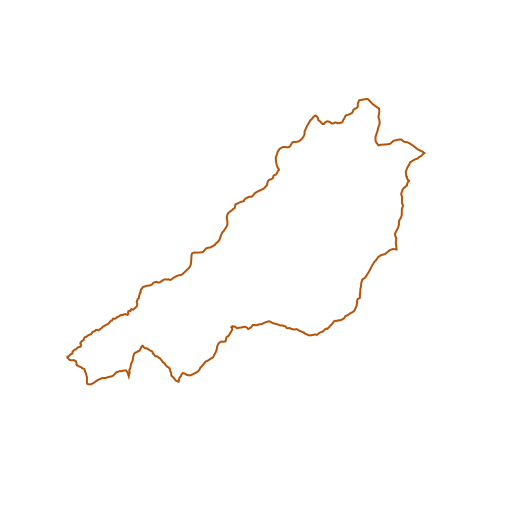 Guaca, Santander, Colombia, rotated 27°
{"feature_id": "7082276B96447826186422", "entity_name": "Guaca", "entity_type": "district", "adm_level": 2, "iso_a3": "COL", "parent_name": "Colombia", "parent_adm1": "Santander", "projection": "robinson", "projection_center": [-72.874, 6.936], "detail": "fine", "context": "isolated", "style": "outline", "palette": "amber", "viewbox_px": 512, "rotation_deg": 27, "n_neighbors": 0, "source": "geoboundaries", "source_scale": "gbopen_adm2", "svg_char_len": 6112}
<svg xmlns="http://www.w3.org/2000/svg" viewBox="0 0 512 512"><g transform="rotate(27 256 256)"><path d="M197.3,421.0L196.2,416.9L195.0,415.5L194.8,414.9L195.0,413.9L194.8,412.4L193.7,409.1L193.6,405.3L192.2,401.0L191.8,398.6L192.3,396.9L193.6,395.6L193.9,394.5L194.5,394.2L195.2,393.2L195.3,389.9L195.1,388.7L195.6,387.5L196.1,387.5L197.5,388.3L199.1,388.5L200.6,387.8L201.8,388.1L202.9,387.9L204.1,388.3L206.3,388.1L207.5,388.5L208.3,389.7L209.6,389.9L211.8,391.1L213.3,390.4L214.5,390.4L215.5,390.8L216.3,390.6L220.2,392.2L220.6,392.7L221.2,392.7L221.5,393.0L223.0,393.0L225.0,394.3L227.4,395.0L228.4,394.9L230.4,395.6L231.9,397.6L233.5,398.6L234.7,400.8L235.1,401.1L237.8,401.8L241.1,403.4L244.1,403.1L243.1,399.3L243.7,397.1L243.4,395.6L243.9,393.5L246.5,393.0L247.3,393.3L248.8,393.3L251.6,392.3L255.3,387.5L256.8,385.0L257.2,382.7L257.1,381.0L258.3,377.0L259.1,372.8L260.1,371.8L263.7,365.6L263.8,359.8L263.3,356.8L262.4,353.8L262.3,351.2L263.0,349.3L263.8,348.1L265.7,347.3L267.6,345.9L266.7,342.7L266.7,341.3L267.6,340.2L267.8,339.2L268.3,332.6L267.5,331.1L266.3,330.6L266.8,329.3L267.9,329.2L268.9,328.4L272.0,329.0L272.9,328.0L275.9,326.0L277.0,324.8L278.8,323.9L280.6,324.0L282.2,324.6L284.0,321.9L284.5,318.9L285.5,318.3L287.1,317.9L288.2,317.2L289.5,315.8L292.3,313.8L292.7,313.0L295.4,309.9L297.5,308.1L301.6,308.2L305.7,307.2L309.4,306.8L310.8,305.9L312.6,305.8L313.5,305.4L314.3,305.4L315.9,306.3L316.5,306.2L318.9,304.8L320.3,305.0L323.4,304.2L325.3,302.7L329.4,302.9L333.7,302.4L334.1,302.9L339.2,302.7L339.8,302.2L340.6,302.0L344.4,299.0L346.0,298.7L347.5,295.6L349.9,292.8L350.9,289.7L351.6,288.8L352.6,288.6L353.6,285.7L353.7,284.4L354.6,282.6L355.2,278.7L356.2,277.7L358.0,276.8L358.3,276.1L358.7,275.8L360.0,275.4L360.2,274.8L361.2,274.1L361.9,272.7L362.5,272.2L362.8,271.2L362.9,269.1L364.8,266.6L365.9,264.4L367.4,262.4L368.3,260.7L368.5,259.3L368.2,254.7L367.3,251.7L366.2,249.3L366.2,248.1L367.5,246.4L367.3,245.6L366.7,244.3L366.1,243.5L366.0,242.7L363.9,237.7L363.3,235.2L362.0,232.2L361.4,228.5L363.0,226.1L363.1,225.4L363.8,218.4L363.8,211.9L364.1,207.7L364.9,205.1L365.4,201.4L367.0,198.6L370.2,195.5L372.6,189.9L375.1,187.5L378.3,186.3L374.7,181.0L373.0,176.5L370.9,174.8L369.7,173.3L369.7,165.9L369.0,162.8L368.1,161.3L367.5,159.3L367.7,155.6L367.3,153.4L364.5,147.6L364.3,144.9L363.9,144.2L362.0,142.4L360.9,140.5L360.2,138.6L358.5,136.1L357.5,135.3L357.0,134.1L356.5,130.1L357.0,127.7L357.6,127.2L357.8,125.9L358.4,125.1L358.4,124.3L358.0,123.6L357.8,121.8L358.3,119.5L357.9,119.2L357.2,119.5L356.3,119.1L355.6,118.2L354.7,117.8L354.5,116.8L353.6,116.6L351.2,113.0L350.7,108.5L351.0,104.9L350.8,102.5L353.6,98.0L355.6,95.9L356.4,93.9L358.0,91.5L358.6,89.2L359.3,87.8L356.3,87.4L355.8,87.7L354.5,87.4L351.9,87.6L345.8,86.4L341.9,85.9L339.2,86.0L335.8,87.0L332.4,86.3L330.4,87.4L326.7,90.5L326.1,91.2L324.9,94.6L323.8,95.8L322.0,97.1L316.9,100.1L314.9,101.9L310.8,99.7L309.7,98.2L308.4,95.6L307.5,89.6L306.6,86.0L306.4,83.2L305.7,81.2L303.9,78.5L302.0,76.7L300.3,71.2L298.6,68.7L294.0,68.2L290.4,67.5L284.7,65.5L283.5,65.7L277.2,70.4L277.6,74.4L278.9,76.5L278.7,77.8L278.3,78.7L276.9,80.4L276.4,81.5L276.7,82.4L276.7,84.6L276.3,85.4L274.3,88.0L272.6,89.5L272.1,90.5L272.2,93.4L271.9,95.9L272.2,96.9L271.7,98.3L268.5,100.7L266.1,100.9L264.2,103.2L263.0,103.6L261.7,103.1L260.4,103.1L258.4,103.5L257.0,105.4L256.6,107.5L255.6,108.1L254.5,107.9L252.9,107.2L249.7,106.6L248.8,105.1L247.2,104.2L245.4,103.7L244.7,104.5L244.0,106.0L243.4,109.4L242.8,110.3L242.7,113.4L242.4,116.2L242.8,123.2L244.0,125.4L244.1,127.9L243.7,130.7L242.8,133.1L241.6,134.9L240.1,136.1L237.7,137.2L236.7,138.7L236.6,142.3L236.1,143.8L234.7,144.9L231.0,146.3L229.7,147.7L228.4,149.9L228.0,153.0L229.0,159.6L231.7,163.8L234.5,166.9L235.8,167.8L236.9,168.2L237.3,168.7L236.9,170.5L237.1,172.4L236.8,174.3L235.3,176.1L235.2,177.0L235.8,178.6L234.8,180.7L233.5,181.6L232.7,183.1L232.7,184.6L233.6,187.8L232.7,191.3L231.8,193.2L228.5,197.3L226.5,200.5L225.4,205.0L222.8,206.5L220.6,209.5L220.1,211.4L220.2,212.6L218.2,214.5L216.6,216.3L215.9,217.5L214.3,219.1L215.2,223.1L214.3,224.5L213.8,226.3L212.9,227.7L211.9,230.1L211.6,231.4L212.4,235.0L215.0,238.5L216.3,241.1L216.4,243.5L215.9,248.3L215.3,250.4L215.3,252.7L216.1,258.4L215.6,260.9L214.4,263.3L214.4,264.7L211.4,269.1L209.1,270.8L208.1,271.9L207.1,276.1L206.7,276.8L203.8,278.8L199.7,280.8L197.9,282.5L197.9,283.6L198.4,285.1L200.3,289.3L201.8,293.4L201.9,296.4L198.7,305.7L197.5,307.3L195.8,308.3L194.1,310.3L192.5,312.7L191.0,315.8L190.2,316.4L188.5,316.5L187.7,317.2L185.3,318.3L184.2,319.5L182.1,323.4L181.1,324.0L178.9,324.3L176.8,326.2L176.3,328.4L175.0,330.3L171.9,332.3L171.3,333.1L169.5,334.8L169.2,335.4L169.3,336.7L168.9,337.2L168.8,338.1L169.0,339.9L169.8,340.7L169.4,342.0L169.9,343.2L169.8,344.1L170.8,346.5L170.1,348.1L170.4,348.8L170.3,350.2L170.8,351.5L172.1,352.8L172.6,354.3L172.5,355.4L171.4,358.2L171.4,358.8L170.9,359.5L169.7,360.0L169.1,359.9L168.9,360.3L169.1,362.1L168.3,362.2L167.4,363.1L167.6,364.4L168.5,365.5L168.3,366.7L167.1,367.1L166.0,367.0L164.6,368.2L163.9,369.2L162.7,369.6L162.6,370.1L162.2,370.3L160.9,372.6L160.0,373.3L159.8,374.7L158.5,376.2L157.2,376.5L157.0,376.9L157.2,378.7L156.3,379.3L156.0,380.1L155.5,381.5L155.3,383.2L151.6,388.6L151.2,390.4L150.4,391.6L149.7,393.5L149.2,393.8L148.3,393.7L146.9,394.7L146.4,396.4L145.7,396.8L144.8,398.3L144.6,400.3L142.1,403.5L141.5,405.2L140.7,405.5L140.1,407.5L140.6,409.2L139.4,410.9L139.0,413.1L139.2,413.6L140.0,413.9L140.1,414.9L140.9,415.6L140.7,416.6L138.7,418.4L138.0,420.9L136.8,422.0L136.0,424.6L136.6,425.8L136.6,426.4L136.0,426.8L135.2,428.3L135.0,429.4L133.7,431.7L134.3,432.2L137.0,433.2L139.3,432.6L141.0,431.4L142.0,431.7L143.0,431.4L144.3,432.5L145.8,434.7L146.3,434.5L148.6,434.8L150.4,434.4L151.5,434.8L154.5,434.7L156.6,436.9L158.2,438.2L159.9,440.4L160.4,440.7L163.0,445.9L163.6,446.4L164.7,446.5L167.0,445.4L168.9,442.9L171.4,438.2L174.4,434.6L177.6,432.8L179.2,431.0L181.7,429.1L183.0,427.5L184.4,423.0L186.8,420.5L188.6,419.7L190.2,418.0L192.0,417.0L193.2,417.4L194.6,418.3L197.3,421.0Z" fill="none" stroke="#b45309" stroke-width="2"/></g></svg>